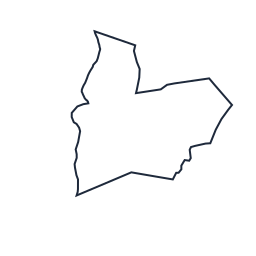 the district of Tourat/Soucis, Anse-la-Raye, Saint Lucia, rotated 31°
{"feature_id": "8701671B19273401931572", "entity_name": "Tourat/Soucis", "entity_type": "district", "adm_level": 2, "iso_a3": "LCA", "parent_name": "Saint Lucia", "parent_adm1": "Anse-la-Raye", "projection": "equal_earth", "projection_center": [-60.999, 13.973], "detail": "fine", "context": "isolated", "style": "outline", "palette": "slate", "viewbox_px": 256, "rotation_deg": 31, "n_neighbors": 0, "source": "geoboundaries", "source_scale": "gbopen_adm2", "svg_char_len": 1123}
<svg xmlns="http://www.w3.org/2000/svg" viewBox="0 0 256 256"><g transform="rotate(31 128 128)"><path d="M172.0,43.7L144.8,65.9L139.2,70.9L136.2,78.0L116.9,94.0L115.8,90.5L111.7,79.0L107.6,71.4L101.6,66.9L93.4,58.9L91.6,53.4L49.6,62.3L50.9,63.6L53.1,65.2L55.0,66.4L56.6,67.7L58.5,69.8L60.6,71.6L62.2,73.5L63.2,74.3L63.7,75.1L64.0,76.3L64.3,77.6L65.2,80.5L66.2,83.9L66.7,86.9L65.7,91.7L66.3,93.8L66.2,98.2L66.3,100.8L66.6,103.6L67.2,106.3L67.6,108.8L68.0,111.3L68.0,114.2L68.3,116.7L68.7,118.9L69.7,120.8L70.9,121.5L72.0,122.4L73.4,123.3L74.3,123.9L75.4,124.7L77.3,125.4L78.6,125.5L80.1,126.1L81.3,127.3L77.4,130.6L73.5,135.6L72.0,144.0L74.1,147.6L78.6,151.0L81.8,151.0L85.9,152.9L88.6,155.4L92.5,165.7L94.2,173.3L97.5,176.9L99.4,180.0L100.8,186.4L102.9,189.2L108.1,195.0L111.6,197.8L116.6,206.2L117.8,208.7L118.7,212.3L153.7,164.3L177.6,155.0L192.9,149.0L192.4,141.6L194.4,140.3L195.0,135.9L193.1,132.8L193.1,126.3L197.3,124.5L197.3,121.5L192.1,114.9L191.8,111.9L194.7,108.8L202.5,101.4L206.4,98.7L204.1,84.3L203.5,72.1L204.5,60.7L205.3,54.7L179.9,46.4L172.0,43.7Z" fill="none" stroke="#1e293b" stroke-width="2"/></g></svg>